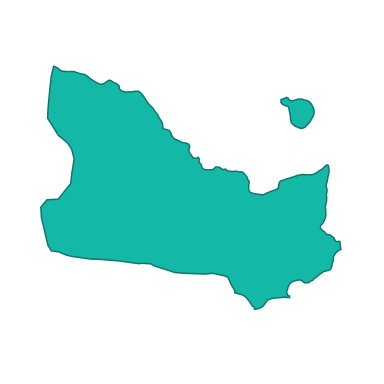 Vermali, Shefa, Vanuatu (Robinson projection), rotated 98°
{"feature_id": "77236927B83961897513760", "entity_name": "Vermali", "entity_type": "district", "adm_level": 2, "iso_a3": "VUT", "parent_name": "Vanuatu", "parent_adm1": "Shefa", "projection": "robinson", "projection_center": [168.163, -16.618], "detail": "fine", "context": "isolated", "style": "filled", "palette": "teal", "viewbox_px": 384, "rotation_deg": 98, "n_neighbors": 0, "source": "geoboundaries", "source_scale": "gbopen_adm2", "svg_char_len": 4493}
<svg xmlns="http://www.w3.org/2000/svg" viewBox="0 0 384 384"><g transform="rotate(98 192 192)"><path d="M285.9,135.6L286.2,132.9L286.6,130.0L286.9,127.9L287.6,125.8L289.4,123.0L291.0,121.5L291.1,121.4L292.4,119.8L294.0,118.6L296.3,116.5L297.5,114.4L298.5,113.9L299.2,114.0L299.3,112.9L298.6,111.1L298.0,109.4L296.3,106.9L294.8,105.5L293.1,104.5L291.0,103.5L288.7,102.2L287.4,100.1L286.7,98.9L285.8,96.5L285.5,95.1L285.1,93.3L284.1,88.9L283.4,86.1L283.2,83.0L283.1,82.5L283.0,80.7L281.4,81.0L281.0,82.8L278.9,84.0L277.9,84.2L277.2,84.4L275.5,83.9L273.1,83.7L270.2,82.8L267.6,81.1L266.0,78.6L264.5,75.0L264.1,72.3L264.7,70.4L265.6,69.2L266.3,67.8L266.0,65.6L265.5,63.8L264.6,63.0L263.4,61.6L262.5,60.0L261.0,59.2L259.2,57.2L256.9,55.2L254.9,53.2L252.5,50.6L251.0,46.9L250.0,44.6L248.9,44.0L247.8,43.4L246.1,43.3L243.9,43.2L241.4,42.6L238.6,42.7L236.0,42.9L235.9,42.8L233.7,41.8L232.2,41.1L230.0,39.1L228.7,37.4L228.0,36.5L226.8,37.0L225.5,37.4L224.1,37.8L222.5,38.2L220.4,38.6L220.4,39.9L221.1,41.8L220.9,42.4L220.7,42.9L219.1,44.4L218.7,44.6L217.4,45.3L216.5,47.3L215.2,49.5L215.2,52.9L214.9,53.3L214.5,53.9L213.2,55.0L211.9,57.3L210.3,59.5L208.4,60.2L206.9,59.7L205.8,58.8L203.6,57.6L201.5,57.2L201.0,57.0L199.3,56.4L196.0,56.2L193.7,56.7L191.0,57.1L187.6,58.0L186.0,57.8L183.8,57.5L181.6,57.5L178.5,57.9L175.5,58.6L172.4,58.4L170.0,58.9L168.2,59.7L167.4,60.0L165.2,60.0L162.7,59.6L158.4,59.5L157.0,59.3L154.9,59.1L152.0,59.2L148.4,60.1L146.6,60.8L146.4,62.4L147.5,63.3L149.1,64.7L151.0,66.1L152.7,68.3L155.7,71.4L157.0,73.4L157.8,74.5L158.6,77.9L159.1,81.0L159.2,84.5L160.0,87.2L161.0,90.1L162.4,92.7L163.7,95.4L165.1,98.5L166.4,101.3L167.6,103.1L168.6,105.8L170.3,106.8L172.3,107.1L172.8,107.1L175.0,107.0L177.0,107.7L178.0,109.5L179.7,112.5L181.0,115.0L182.5,117.6L184.4,120.5L184.9,121.6L185.0,124.7L185.0,129.1L184.7,132.7L183.8,135.1L181.5,136.2L178.2,136.7L176.1,136.8L175.7,136.8L173.9,136.8L172.5,137.7L171.4,139.0L169.8,139.4L168.3,141.0L166.7,142.6L165.6,143.8L165.1,145.4L165.6,147.7L165.3,149.3L165.3,152.0L166.0,153.9L166.1,156.0L166.1,157.7L166.1,159.7L165.2,161.3L164.6,162.2L165.5,163.9L164.9,165.9L163.7,168.2L163.8,171.0L164.0,172.1L165.6,173.4L165.8,173.5L167.0,174.7L167.5,177.0L168.1,180.7L167.9,183.5L166.6,185.3L164.1,186.5L162.8,187.4L161.7,189.1L161.4,189.1L159.5,189.4L157.9,189.6L156.7,190.8L157.7,191.9L158.2,193.6L158.0,195.6L156.8,196.7L155.6,197.9L153.7,199.7L151.8,200.8L150.7,200.8L149.9,200.9L148.1,200.7L146.3,200.8L144.9,202.5L144.7,203.6L144.3,205.1L144.5,206.3L144.4,208.5L143.6,210.8L142.7,213.5L141.7,217.1L140.9,218.1L140.2,218.7L138.4,220.2L137.6,220.6L136.5,221.2L134.4,222.9L133.8,225.6L133.6,227.7L133.1,229.6L131.6,229.9L131.5,230.0L129.2,230.6L126.9,231.5L124.4,233.7L122.5,235.4L120.8,236.4L120.1,236.8L118.4,238.8L116.2,240.9L115.7,241.3L114.0,242.8L111.9,246.0L109.1,248.9L107.3,250.4L105.9,251.6L103.5,253.8L101.5,255.8L99.7,258.9L100.2,262.4L100.8,264.4L101.4,267.2L102.2,271.3L102.2,271.5L101.9,274.8L101.0,277.2L99.4,278.5L98.2,278.6L96.6,279.3L95.9,280.7L94.8,283.1L94.2,285.6L93.1,287.3L92.8,289.5L93.4,290.5L94.9,292.0L96.8,294.3L98.1,297.0L97.7,299.3L96.9,301.9L95.6,305.0L93.9,308.7L92.1,311.4L90.7,314.0L90.5,316.5L90.5,318.5L90.1,320.7L89.7,323.0L89.6,324.0L89.3,324.6L89.3,325.6L89.2,327.1L89.5,328.8L89.9,330.4L90.1,332.7L90.3,335.5L90.5,337.5L90.1,338.8L89.3,340.2L88.1,342.1L87.0,345.0L86.7,346.5L97.1,347.5L114.9,346.9L129.1,346.2L139.1,345.2L154.8,331.9L157.9,326.6L160.9,321.9L166.6,317.0L175.7,313.3L189.3,313.6L200.5,313.3L217.8,323.6L219.9,334.6L228.1,339.6L238.1,337.6L264.7,327.3L269.8,323.3L269.8,315.6L271.9,308.0L272.5,302.0L272.5,286.0L272.5,282.7L271.6,274.7L270.4,254.5L270.4,244.8L270.4,239.8L270.4,234.8L269.5,231.2L268.9,222.5L270.4,219.5L272.2,208.6L274.1,197.6L273.5,187.6L271.4,167.3L269.6,160.3L270.5,148.0L271.4,144.6L279.3,139.6L283.6,135.9L285.9,135.6ZM96.5,82.2L95.7,82.3L93.8,82.6L92.5,83.2L90.3,84.6L87.6,86.7L85.9,89.0L85.3,91.6L85.2,94.2L84.7,95.5L84.9,97.7L85.2,99.9L86.3,102.0L86.5,102.5L86.9,103.5L87.5,104.6L87.9,106.0L87.6,107.9L86.6,109.2L85.2,110.5L85.3,111.9L86.1,113.0L87.0,114.5L88.1,116.7L89.2,116.6L90.5,116.5L91.7,115.8L92.4,114.9L92.9,113.9L93.4,112.1L93.6,110.5L94.0,109.0L94.3,108.7L94.6,108.1L95.7,107.7L97.3,107.2L98.8,106.7L101.1,105.8L103.3,105.1L106.2,104.6L109.2,103.5L111.3,101.2L112.5,98.9L113.0,96.7L113.7,94.5L113.9,92.5L113.2,90.7L112.1,89.2L109.6,87.4L107.1,85.5L104.4,84.2L101.0,83.0L97.9,82.1L96.5,82.2Z" fill="#14b8a6" stroke="#0f766e" stroke-width="1.5"/></g></svg>